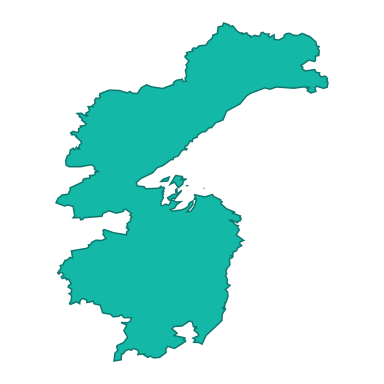 map outline of Khabarovsk (Robinson projection)
{"feature_id": "RUS-2614", "entity_name": "Khabarovsk", "entity_type": "Territory", "adm_level": 1, "iso_a3": "RUS", "parent_name": "Russia", "parent_adm1": "", "projection": "robinson", "projection_center": [136.924, 54.6], "detail": "fine", "context": "isolated", "style": "filled", "palette": "teal", "viewbox_px": 384, "rotation_deg": 0, "n_neighbors": 0, "source": "natural_earth", "source_scale": "10m", "svg_char_len": 5898}
<svg xmlns="http://www.w3.org/2000/svg" viewBox="0 0 384 384"><path d="M126.8,325.1L121.0,322.5L127.4,322.7L130.1,321.5L131.5,317.6L124.1,317.7L121.2,314.6L118.8,316.3L113.2,316.8L110.4,314.2L102.7,312.9L100.2,305.1L94.1,303.8L93.3,301.3L86.8,302.5L86.9,300.3L82.5,298.3L80.0,300.7L79.7,303.7L76.5,301.8L70.4,304.4L69.5,303.6L71.4,299.7L71.5,295.5L69.1,293.5L71.3,292.7L71.7,289.1L68.2,287.2L68.5,285.7L71.3,283.8L68.5,279.1L66.4,279.8L65.5,277.7L62.1,278.5L61.3,276.8L63.8,274.8L62.5,272.7L59.5,272.7L58.9,274.1L57.6,272.9L61.1,268.2L60.2,265.6L62.7,264.9L65.1,260.3L67.3,260.1L69.8,257.4L72.7,257.9L71.4,250.9L86.4,248.4L88.8,247.0L88.5,244.8L90.4,245.0L91.7,242.3L95.9,240.2L101.8,240.5L106.0,238.5L103.0,234.3L103.7,232.8L103.0,230.5L104.1,229.5L113.7,232.8L126.5,234.8L126.7,232.0L129.1,229.9L127.0,228.4L127.9,227.7L126.5,226.8L127.6,225.3L127.0,223.8L130.6,220.9L130.5,218.6L132.1,217.1L129.8,215.2L131.5,213.3L125.5,209.2L123.6,209.8L123.4,211.3L116.3,213.2L109.0,210.8L103.0,213.4L101.9,216.3L84.1,217.7L82.7,219.5L80.6,219.8L80.0,217.5L73.1,217.8L74.7,215.8L73.1,206.4L67.7,205.0L64.7,206.0L56.0,202.8L58.1,198.4L62.2,195.0L68.2,194.2L70.4,189.4L70.0,187.9L83.1,181.8L82.9,179.7L84.6,178.6L90.0,178.2L89.6,175.5L93.8,175.3L95.1,173.9L95.1,171.8L99.5,171.7L96.4,170.7L94.3,169.0L94.9,167.8L92.9,165.4L90.7,164.8L80.8,166.7L69.1,166.7L66.3,165.3L65.6,160.7L67.4,155.9L69.6,154.3L70.3,150.0L73.3,148.2L74.8,149.8L76.5,147.1L78.4,148.2L78.1,149.2L79.7,149.0L78.9,147.9L79.4,145.0L81.5,143.5L80.8,141.0L75.9,136.8L76.6,136.1L73.3,134.3L72.0,135.0L70.6,132.9L73.2,131.3L77.2,132.6L78.7,131.5L78.6,128.8L81.1,127.1L80.4,126.0L84.9,125.5L86.2,123.9L81.7,120.1L82.4,118.5L79.3,116.8L79.8,115.6L77.2,113.5L81.2,113.2L86.5,116.4L87.7,115.8L85.9,114.4L86.2,112.7L89.0,111.7L89.3,109.6L88.1,106.6L92.8,106.7L92.1,105.8L95.3,103.3L94.6,100.4L95.9,98.2L99.3,98.4L100.4,96.2L99.5,95.6L99.9,93.7L109.4,90.1L119.3,90.5L126.8,92.8L130.1,91.5L132.1,93.2L137.4,93.5L141.2,87.8L146.6,84.8L151.7,86.9L162.6,88.5L173.8,84.3L173.5,82.6L176.2,80.4L182.3,79.2L182.9,81.5L186.3,81.0L185.0,78.5L186.6,75.9L185.4,70.2L187.4,67.1L186.0,65.0L189.0,61.2L185.0,57.0L185.5,55.5L187.5,54.8L186.6,52.6L193.1,50.9L192.1,49.4L193.5,47.9L196.4,48.4L199.2,45.8L206.2,45.1L208.1,41.6L212.4,38.0L212.9,35.1L217.3,33.5L218.2,26.8L222.5,26.1L223.6,23.0L229.0,24.8L229.7,26.4L232.8,25.8L236.9,31.0L240.0,33.0L242.0,32.8L241.9,34.1L246.8,32.9L248.2,35.1L250.3,35.7L250.6,37.2L254.7,35.3L259.4,36.5L261.4,32.7L262.8,32.3L265.2,34.1L269.1,34.1L268.4,35.8L269.8,37.2L274.1,34.8L274.4,39.5L278.9,40.0L283.8,37.4L284.3,35.1L286.2,33.7L289.8,33.3L293.2,35.3L298.1,35.5L302.0,33.4L309.7,36.5L315.8,41.9L316.7,46.0L319.1,46.6L317.9,48.5L319.1,50.4L319.1,52.8L318.0,53.5L319.1,54.6L318.7,55.6L315.4,56.1L315.5,60.3L314.5,61.5L309.0,60.1L300.7,65.6L302.8,67.3L302.2,68.8L305.5,71.0L314.6,69.5L316.1,72.3L319.6,72.9L319.3,75.2L321.5,76.9L325.0,76.1L326.8,77.4L327.6,80.2L326.7,81.4L328.0,82.5L327.2,87.2L323.6,88.3L316.8,86.3L314.9,87.5L315.9,91.4L311.0,93.0L307.3,90.8L309.1,87.2L306.9,87.2L306.8,88.2L304.6,86.8L294.0,88.2L276.4,87.0L270.0,89.2L264.7,87.9L250.5,93.3L246.6,95.9L240.0,103.9L226.6,111.1L222.9,120.0L215.5,122.8L211.7,127.6L208.9,127.9L205.7,131.5L202.1,132.0L197.9,134.9L197.1,137.3L192.9,138.6L192.2,142.2L191.7,140.6L190.2,141.1L187.0,145.7L184.9,146.4L184.8,148.0L187.0,148.9L186.5,149.8L183.9,149.5L181.4,151.1L178.3,155.8L173.7,157.6L172.9,159.8L171.3,159.4L162.7,165.7L157.1,167.7L152.6,172.9L141.1,178.3L136.3,182.6L137.3,186.0L144.1,186.7L145.7,188.8L158.7,188.2L160.9,186.3L161.2,187.8L163.5,187.1L164.5,188.3L163.3,189.9L163.8,191.7L162.1,192.1L163.5,194.2L162.3,194.9L163.4,197.6L160.8,202.4L161.2,205.1L162.5,205.9L165.8,204.1L168.3,205.2L169.6,204.2L171.3,200.3L169.1,200.1L167.5,197.9L173.0,194.4L178.7,194.1L174.5,199.2L173.8,197.9L171.6,198.5L171.8,200.0L176.3,202.0L180.9,201.7L176.7,204.6L174.6,208.1L170.1,209.6L172.1,211.1L181.9,209.9L185.7,208.1L188.0,206.6L189.3,203.0L192.8,201.0L192.9,204.7L186.9,211.9L190.6,211.5L194.2,206.8L196.1,200.7L196.0,198.8L194.3,199.4L195.6,195.8L193.9,194.6L204.9,196.9L212.6,194.5L213.4,196.4L220.6,199.8L220.5,201.0L222.1,201.7L220.9,203.8L226.5,208.8L235.2,212.3L232.7,212.0L232.4,213.1L240.5,216.0L239.7,217.8L240.8,217.8L241.0,219.3L239.9,220.9L236.9,221.4L238.2,221.7L237.0,222.8L231.4,220.0L228.8,220.1L232.7,221.8L235.3,225.0L238.3,225.7L237.3,227.3L239.3,229.8L236.3,234.9L243.7,240.5L240.3,241.7L239.5,243.5L241.6,245.6L237.8,247.8L236.4,250.9L233.1,252.1L232.9,254.9L231.2,255.7L232.9,256.3L232.5,257.5L229.4,258.8L229.9,264.8L226.9,268.5L225.8,272.0L226.8,273.7L225.6,275.6L227.4,279.6L227.1,283.7L230.0,285.3L225.4,289.7L227.5,291.9L228.0,296.3L226.0,302.5L224.2,302.6L225.2,302.9L224.7,306.8L223.6,307.0L224.5,307.9L222.3,308.6L225.4,309.1L222.3,314.0L221.8,320.7L206.0,335.5L202.0,344.2L199.0,342.5L193.7,342.3L195.3,339.5L193.0,338.2L198.3,335.9L198.4,333.9L194.1,330.4L194.9,328.2L196.6,327.9L196.3,326.7L193.4,326.7L192.4,321.9L189.2,321.1L182.0,326.0L174.1,326.5L172.0,328.9L177.1,333.1L174.2,335.6L184.9,337.9L183.5,339.7L185.2,340.0L185.6,341.4L174.5,348.4L167.7,346.3L165.6,349.4L166.2,352.4L159.6,357.4L153.6,357.9L150.2,356.0L147.9,357.4L144.0,354.9L144.5,353.9L137.8,354.6L138.8,351.9L136.9,349.6L133.0,348.5L131.4,350.2L128.8,349.4L125.7,350.5L123.3,353.7L121.6,353.9L121.1,359.8L114.0,361.0L115.0,353.2L117.9,350.2L116.6,347.1L117.2,345.6L123.7,342.4L127.6,337.2L123.9,330.6L126.8,325.1ZM181.1,179.5L186.5,178.8L183.2,181.0L182.8,183.9L178.4,187.6L174.5,182.1L170.2,184.3L175.8,175.5L182.2,176.5L182.8,177.5L181.1,179.5ZM169.3,177.0L167.7,181.0L161.0,181.5L163.3,179.2L169.3,177.0ZM178.4,193.1L181.7,190.1L180.1,192.8L178.4,193.1ZM176.8,188.8L177.1,192.4L175.9,192.5L175.6,189.9L176.8,188.8ZM186.3,186.0L186.8,185.6L187.1,185.7L186.3,186.0ZM203.8,188.5L204.1,188.1L204.3,187.8L203.8,188.5Z" fill="#14b8a6" stroke="#0f766e" stroke-width="1.5"/></svg>